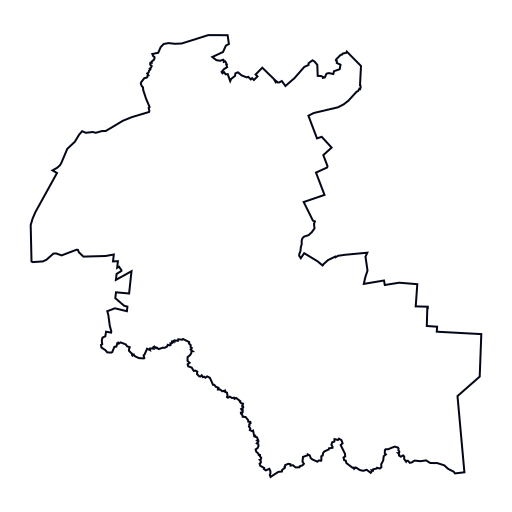 De Wolden, Drenthe, Netherlands
{"feature_id": "6326949B49446326038856", "entity_name": "De Wolden", "entity_type": "district", "adm_level": 2, "iso_a3": "NLD", "parent_name": "Netherlands", "parent_adm1": "Drenthe", "projection": "orthographic", "projection_center": [6.374, 52.706], "detail": "fine", "context": "isolated", "style": "outline", "palette": "ink", "viewbox_px": 512, "rotation_deg": 0, "n_neighbors": 0, "source": "geoboundaries", "source_scale": "gbopen_adm2", "svg_char_len": 5988}
<svg xmlns="http://www.w3.org/2000/svg" viewBox="0 0 512 512"><path d="M361.0,66.0L346.8,51.6L346.3,52.8L342.6,53.6L342.2,54.5L340.5,55.0L336.2,59.4L335.9,60.4L336.8,61.0L336.8,63.0L340.5,64.7L339.7,69.2L334.0,71.2L333.3,74.0L328.9,73.1L327.0,73.5L326.2,74.2L324.9,77.4L323.1,77.8L323.2,77.0L320.9,76.0L317.7,75.9L317.3,64.9L314.6,61.6L312.5,60.3L308.6,63.2L308.5,65.0L304.3,66.9L294.6,78.0L285.4,86.0L281.8,81.0L279.3,82.4L277.5,82.4L276.7,81.5L275.8,82.3L274.6,80.3L275.0,80.1L262.3,67.7L255.6,74.5L257.5,76.4L253.9,80.0L252.2,78.2L250.8,79.4L248.2,76.8L246.7,77.4L241.6,75.4L237.9,72.3L235.4,73.4L235.0,75.9L231.1,79.0L230.2,81.1L227.7,74.1L225.6,74.3L224.1,72.2L222.5,73.3L221.6,71.9L224.0,69.1L227.1,67.2L226.3,64.6L226.8,64.4L225.3,61.4L223.8,61.9L223.7,60.2L223.2,59.7L220.1,60.8L216.3,60.1L212.3,57.0L223.0,52.0L225.9,45.6L228.9,44.0L227.6,35.2L208.3,35.1L181.6,43.5L175.2,43.8L168.4,43.1L163.7,44.0L160.7,47.1L158.2,52.8L152.3,54.0L153.1,56.0L154.5,57.1L154.5,58.3L153.9,59.8L151.5,61.7L151.8,62.8L150.2,63.1L150.3,64.9L151.7,65.9L151.1,67.6L149.7,68.6L150.3,69.5L149.0,70.8L148.6,72.5L147.2,73.5L148.5,75.3L147.4,76.0L147.4,76.8L146.6,77.7L144.4,78.1L141.1,82.3L140.8,83.7L141.8,86.1L143.0,87.4L143.2,90.0L146.0,98.6L149.6,107.0L148.6,108.1L149.4,110.8L149.0,112.0L131.9,117.1L122.8,120.8L105.7,131.0L101.7,131.1L95.8,132.8L92.7,132.0L85.8,132.8L82.1,131.2L79.1,134.7L74.8,141.8L67.3,148.8L61.3,163.0L60.0,165.2L57.1,167.8L52.5,170.4L57.0,173.0L35.4,212.1L32.6,218.6L30.7,225.0L31.5,261.5L32.8,262.1L43.0,261.4L46.5,259.7L53.4,253.6L56.1,253.4L61.6,255.4L76.6,249.7L77.9,249.9L78.9,252.3L83.4,256.6L105.6,256.0L113.8,254.5L113.0,261.4L117.9,261.2L117.2,267.8L119.0,266.7L121.4,270.1L121.4,271.0L116.6,273.9L115.9,279.9L131.5,271.2L129.1,293.5L116.0,292.3L115.3,298.2L124.2,305.8L127.4,306.6L126.9,311.2L114.9,308.3L107.3,311.2L108.3,314.8L109.8,325.9L111.3,331.3L111.1,332.6L106.1,331.7L105.3,336.3L102.5,337.6L101.8,340.4L102.2,344.2L101.0,344.9L101.4,347.5L105.4,350.2L107.3,352.4L111.4,352.6L112.3,352.0L114.4,346.8L116.4,346.6L117.3,343.1L118.2,342.6L118.8,343.6L120.6,342.4L125.7,344.4L127.1,346.3L129.7,347.2L128.9,349.6L129.1,351.0L132.2,353.9L132.0,354.9L132.5,355.6L133.8,354.6L134.7,356.1L138.9,358.1L143.9,358.4L144.3,358.0L143.6,355.4L144.7,354.2L147.1,348.7L150.0,350.1L149.7,348.9L150.1,348.4L153.7,348.7L153.2,347.3L154.4,346.5L156.1,348.2L156.8,347.6L158.7,349.1L163.1,347.6L164.5,347.9L167.0,346.6L167.8,344.8L169.7,345.4L170.7,344.8L170.4,343.3L171.9,343.1L172.0,341.6L173.1,342.0L172.9,341.3L173.4,341.0L174.6,341.5L174.7,340.4L177.9,340.8L178.3,339.3L182.2,339.7L183.0,339.0L189.2,342.1L189.0,343.5L190.7,345.1L190.6,347.1L191.8,348.0L190.6,349.5L192.5,351.1L191.4,351.1L191.3,353.1L190.1,355.1L187.6,357.1L187.5,360.8L189.6,362.8L187.6,364.3L188.2,366.3L191.7,367.6L193.7,370.9L195.3,370.6L197.3,371.6L197.0,374.1L199.3,376.4L200.4,376.5L201.7,375.3L202.9,377.2L204.1,376.7L205.4,377.7L207.2,376.4L209.9,377.8L213.0,384.8L214.2,384.8L216.1,387.0L218.5,387.7L218.7,388.7L218.0,388.7L217.9,389.5L220.3,389.6L222.3,391.3L223.7,390.9L224.7,391.6L225.1,390.8L225.8,392.2L227.0,392.7L227.5,395.3L227.0,397.1L227.9,397.7L229.8,396.7L232.0,398.0L234.3,397.7L234.6,398.8L236.2,398.0L240.3,401.2L239.9,401.8L241.2,403.2L243.0,403.7L242.2,405.9L243.0,406.2L243.2,407.5L241.1,409.0L242.1,410.5L242.7,410.2L242.7,412.1L242.2,412.9L240.9,412.7L240.9,413.4L242.6,415.6L242.7,416.8L245.6,417.0L248.1,420.1L248.3,421.7L250.3,421.9L250.6,423.1L249.2,424.3L249.5,425.4L248.9,426.5L250.3,428.5L249.8,430.0L251.9,431.1L253.1,430.6L254.2,436.1L255.2,435.8L255.3,436.8L256.9,437.2L258.0,439.7L257.1,440.5L258.4,441.0L258.3,441.9L256.8,443.3L258.3,444.2L258.5,446.0L257.5,448.2L255.6,449.4L256.1,451.5L258.5,453.8L258.7,454.9L260.0,455.0L259.9,456.3L261.2,457.7L260.7,459.7L259.9,459.9L260.6,460.6L260.9,462.5L259.6,463.7L260.3,465.8L264.2,468.0L263.9,469.0L265.8,470.4L269.3,468.8L270.4,471.2L270.4,473.4L269.8,474.9L270.6,476.9L278.3,471.9L281.9,471.5L282.1,470.0L284.9,467.7L284.5,466.9L285.2,466.0L285.2,465.1L288.3,463.8L290.4,464.2L290.5,465.6L292.9,465.2L295.6,467.4L299.4,467.3L299.8,466.2L302.4,465.4L303.9,463.8L302.5,461.6L303.0,456.9L307.6,455.3L307.7,454.4L309.7,455.4L310.8,458.2L312.5,459.5L317.4,461.7L318.9,460.4L321.0,460.8L321.4,460.0L321.3,456.3L322.7,455.5L323.1,453.0L324.3,451.5L328.8,449.4L329.0,448.3L332.5,447.8L332.6,446.9L331.4,444.8L332.2,442.3L334.3,441.6L334.5,439.1L337.9,440.0L338.9,438.7L341.4,440.1L342.6,443.3L340.7,445.1L345.0,453.8L345.2,456.4L343.5,457.5L344.2,460.2L345.8,460.7L346.4,463.1L352.6,467.8L353.8,467.6L354.2,468.8L355.8,467.5L360.0,470.1L363.1,470.8L366.7,469.8L370.7,472.8L371.7,471.5L371.5,470.2L373.0,470.6L373.2,469.3L376.7,468.5L377.0,467.8L379.9,468.5L381.4,467.2L381.2,464.3L383.2,460.5L383.7,456.2L385.9,454.4L384.8,453.4L384.9,450.1L385.7,449.2L387.9,449.3L394.7,446.6L398.0,447.6L398.6,448.8L398.3,450.0L399.3,451.5L399.0,453.1L398.1,453.1L399.2,454.3L399.0,455.5L400.8,456.7L403.1,455.4L404.2,456.5L404.2,459.1L406.1,461.7L406.6,460.8L407.9,460.8L409.8,462.8L411.6,462.5L414.5,460.6L420.6,461.2L426.0,460.4L430.3,463.0L437.3,463.1L444.2,465.3L448.2,468.9L453.7,471.7L455.0,473.4L464.4,472.3L457.5,396.1L479.7,376.6L481.3,334.1L436.8,331.7L437.1,326.7L426.8,326.0L427.3,307.9L427.8,308.0L427.8,306.7L415.7,306.4L417.3,284.2L399.2,282.7L384.8,285.0L384.0,280.5L363.8,283.9L365.3,277.2L367.5,270.6L365.5,256.7L367.3,252.7L344.9,254.8L338.1,255.8L335.6,257.2L335.3,256.6L328.0,260.1L322.7,264.9L323.2,266.0L317.4,261.2L304.2,253.2L300.8,258.2L299.2,255.8L299.2,254.3L300.5,250.9L300.8,247.4L301.7,244.2L301.7,240.3L302.6,238.0L304.3,236.5L308.5,235.2L311.8,232.2L314.5,228.4L314.0,223.8L314.9,221.4L312.9,220.6L303.7,202.0L324.5,194.9L316.0,172.6L327.1,167.5L327.5,166.1L323.3,155.1L331.6,147.6L321.7,136.8L317.0,138.4L308.4,115.7L313.8,113.0L338.0,107.3L343.6,104.4L348.4,100.7L356.5,91.8L358.2,90.9L359.3,88.8L360.0,89.2L360.6,87.6L360.5,85.7L360.0,85.3L361.0,66.0Z" fill="none" stroke="#020617" stroke-width="2"/></svg>